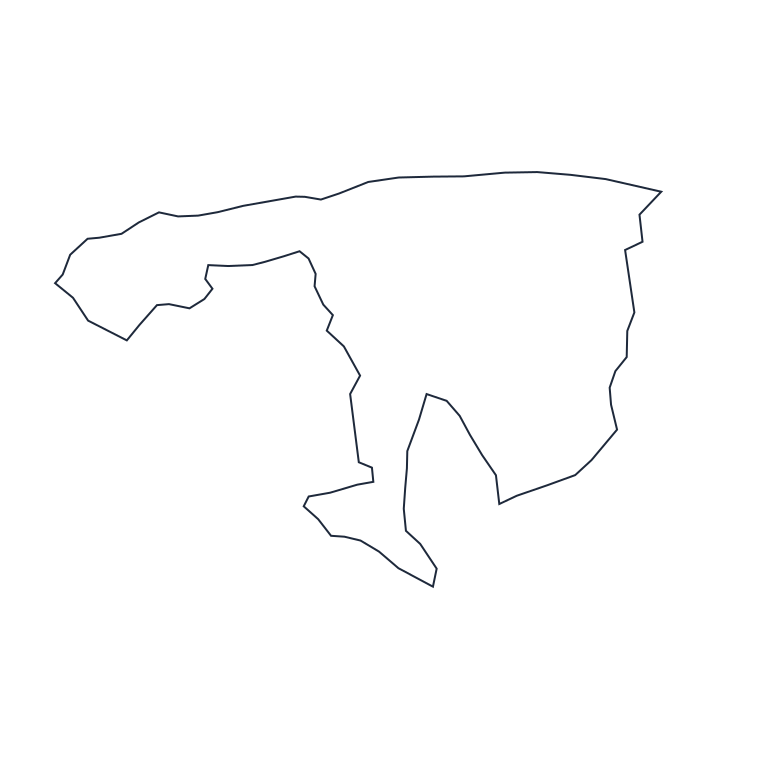 outline of Klepini, Cyprus, rotated 170°
{"feature_id": "46923920B25595466119807", "entity_name": "Klepini", "entity_type": "district", "adm_level": 2, "iso_a3": "CYP", "parent_name": "Cyprus", "parent_adm1": "", "projection": "mercator", "projection_center": [33.461, 35.306], "detail": "fine", "context": "isolated", "style": "outline", "palette": "slate", "viewbox_px": 768, "rotation_deg": 170, "n_neighbors": 0, "source": "geoboundaries", "source_scale": "gbopen_adm2", "svg_char_len": 1305}
<svg xmlns="http://www.w3.org/2000/svg" viewBox="0 0 768 768"><g transform="rotate(170 384 384)"><path d="M690.4,540.4L675.3,522.9L664.4,497.8L629.7,471.6L614.5,484.7L593.9,501.1L581.9,500.0L562.4,492.3L546.1,498.9L536.4,507.6L541.8,518.5L536.4,531.6L516.8,527.2L492.9,524.0L479.9,525.0L460.4,527.2L444.1,529.4L436.5,520.7L432.2,504.3L435.4,492.3L430.0,472.7L422.4,460.7L431.1,446.5L417.0,428.0L406.1,396.4L419.1,380.0L422.4,311.3L410.4,303.7L411.5,289.5L427.8,289.5L456.0,286.3L477.7,286.3L484.3,277.5L472.3,262.3L462.5,243.7L449.5,240.5L434.3,233.9L418.0,219.8L401.8,200.1L371.0,175.9L364.2,193.0L376.1,220.2L387.9,235.6L386.2,257.7L381.1,278.2L376.1,296.9L372.7,313.9L355.7,342.9L343.8,366.7L325.2,356.5L315.0,339.5L308.2,319.0L299.7,296.9L289.6,274.7L291.3,245.8L272.6,250.9L240.4,256.0L211.5,261.1L192.9,273.0L162.4,298.6L164.0,324.2L162.4,341.2L153.9,356.5L140.3,368.4L135.2,394.0L125.0,411.0L123.3,474.1L104.7,479.2L103.0,506.4L77.6,525.2L130.1,547.3L164.0,557.6L196.3,566.1L228.5,571.2L269.2,574.6L299.7,579.7L333.7,584.8L364.5,585.7L395.2,579.4L414.1,576.6L429.5,582.1L438.5,583.9L459.3,583.9L491.8,583.9L518.0,582.1L537.8,582.1L557.7,584.8L575.8,592.1L597.4,585.7L616.4,577.5L639.0,577.5L650.7,578.5L670.6,565.8L681.4,547.6L690.4,540.4Z" fill="none" stroke="#1e293b" stroke-width="2"/></g></svg>